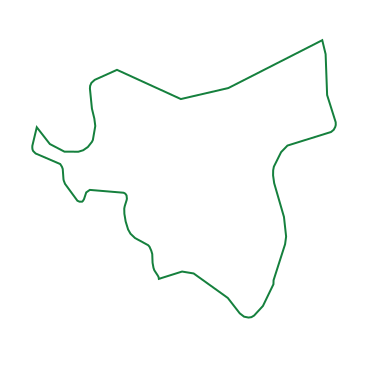 SVG path tracing the border of Greenwich, rotated 352°
{"feature_id": "GBR-2068", "entity_name": "Greenwich", "entity_type": "London Borough (royal)", "adm_level": 1, "iso_a3": "GBR", "parent_name": "United Kingdom", "parent_adm1": "", "projection": "orthographic", "projection_center": [0.032, 51.463], "detail": "fine", "context": "isolated", "style": "outline", "palette": "green", "viewbox_px": 384, "rotation_deg": 352, "n_neighbors": 0, "source": "natural_earth", "source_scale": "10m", "svg_char_len": 1209}
<svg xmlns="http://www.w3.org/2000/svg" viewBox="0 0 384 384"><g transform="rotate(352 192 192)"><path d="M85.1,136.3L90.1,135.5L95.2,132.9L99.9,128.4L101.1,126.6L105.4,113.2L105.5,105.7L104.5,95.5L105.3,75.4L105.9,72.7L107.6,69.9L111.3,67.4L134.7,60.6L193.9,98.4L242.5,94.1L293.6,76.5L342.1,59.8L343.5,74.1L339.3,114.8L344.0,142.9L343.7,145.6L342.9,147.5L341.0,150.1L338.1,151.9L293.0,159.3L285.8,164.9L276.6,178.3L275.4,181.8L274.6,186.8L274.6,194.7L279.6,229.5L279.0,249.2L276.9,256.7L260.5,290.7L259.8,294.7L246.4,314.7L236.3,323.0L233.4,324.2L230.5,324.2L226.2,322.7L222.4,318.8L212.7,301.9L182.3,272.9L171.1,269.4L147.1,273.4L147.1,272.6L147.0,271.3L146.3,269.6L143.8,264.3L143.3,261.7L143.1,256.6L144.0,247.9L143.5,244.5L142.3,240.3L141.2,238.6L129.2,229.7L125.3,224.8L123.5,220.2L122.2,212.0L122.0,204.2L122.6,199.0L123.4,196.7L126.1,191.0L126.6,189.6L126.7,186.3L125.9,184.7L125.2,183.9L124.1,183.2L91.1,175.7L87.2,177.7L84.1,184.0L82.7,185.7L81.8,186.3L79.2,185.9L77.3,184.7L67.4,166.3L66.6,162.9L66.5,161.5L67.2,151.2L66.7,148.9L65.4,146.0L42.5,132.1L40.4,129.3L40.0,127.8L40.0,126.1L40.3,124.1L47.3,106.3L57.9,124.7L71.3,134.3L85.1,136.3Z" fill="none" stroke="#15803d" stroke-width="2"/></g></svg>